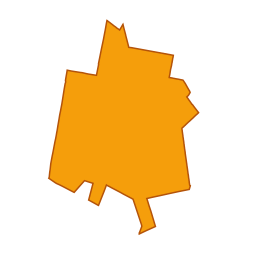 outline of Galicea Mare, Dolj, Romania, rotated 99°
{"feature_id": "2599482B6408106224849", "entity_name": "Galicea Mare", "entity_type": "district", "adm_level": 2, "iso_a3": "ROU", "parent_name": "Romania", "parent_adm1": "Dolj", "projection": "robinson", "projection_center": [23.315, 44.096], "detail": "fine", "context": "isolated", "style": "filled", "palette": "amber", "viewbox_px": 256, "rotation_deg": 99, "n_neighbors": 0, "source": "geoboundaries", "source_scale": "gbopen_adm2", "svg_char_len": 3901}
<svg xmlns="http://www.w3.org/2000/svg" viewBox="0 0 256 256"><g transform="rotate(99 128 128)"><path d="M190.0,198.4L190.1,198.2L193.6,190.9L194.1,189.5L194.3,188.7L194.7,187.2L195.8,183.7L199.5,172.7L200.0,171.1L192.4,166.3L186.8,162.7L187.9,155.4L188.1,153.9L191.2,154.2L203.5,155.4L205.3,155.6L207.2,150.3L209.1,145.1L208.9,145.0L194.6,141.8L187.7,140.4L187.9,140.0L188.8,137.1L189.6,134.9L192.9,125.1L194.0,122.2L196.8,113.9L197.4,112.3L197.5,111.9L221.1,99.7L222.7,99.0L223.0,99.0L223.6,99.1L224.6,99.3L227.7,99.9L229.0,100.2L230.0,100.5L230.9,100.3L226.5,93.9L221.0,85.5L209.7,90.9L206.2,92.6L201.4,95.1L198.7,96.4L194.7,98.4L192.7,93.4L189.7,85.6L186.0,76.2L182.8,67.9L179.1,57.9L175.2,57.4L175.1,57.5L175.0,57.8L175.0,58.0L174.9,58.1L174.4,58.3L173.6,58.5L172.4,58.9L171.8,59.1L171.2,59.2L170.3,59.5L169.2,59.8L168.1,60.2L167.1,60.5L166.0,60.8L164.9,61.1L163.9,61.5L162.9,61.8L161.8,62.1L160.8,62.4L159.8,62.7L158.8,63.0L157.9,63.3L156.9,63.6L156.0,63.9L155.0,64.2L154.9,64.2L154.2,64.4L153.6,64.6L153.0,64.8L152.3,65.0L151.6,65.2L151.0,65.4L150.3,65.6L149.7,65.8L149.0,66.0L148.4,66.2L147.7,66.4L147.1,66.6L146.4,66.8L145.8,67.0L145.1,67.2L144.5,67.4L143.9,67.6L143.2,67.7L142.6,67.9L142.0,68.1L141.4,68.3L140.7,68.5L140.1,68.7L139.5,68.9L138.9,69.1L138.3,69.2L137.7,69.4L137.1,69.6L136.5,69.8L135.9,69.9L135.3,70.1L134.8,70.3L134.1,70.5L133.5,70.6L132.9,70.8L132.2,71.0L131.6,71.2L131.0,71.4L130.4,71.6L129.8,71.7L129.3,71.9L128.7,72.1L128.1,72.3L127.5,72.5L126.9,72.6L126.3,72.8L125.7,73.0L125.1,73.2L124.6,73.3L124.0,73.5L123.5,73.7L122.2,74.0L121.7,74.2L120.8,74.5L120.7,74.5L120.4,74.6L120.2,74.6L119.9,74.7L119.6,74.6L119.2,74.3L118.9,74.0L118.6,73.8L118.3,73.5L118.0,73.2L117.6,73.0L117.3,72.8L117.0,72.5L116.7,72.3L116.4,72.0L116.1,71.8L115.7,71.5L115.2,71.2L114.8,70.8L114.2,70.4L113.7,70.0L113.2,69.6L112.6,69.2L112.1,68.7L111.6,68.3L111.1,67.9L110.7,67.6L110.2,67.2L109.8,66.9L109.3,66.5L108.8,66.1L108.4,65.7L107.9,65.4L107.4,65.0L106.9,64.6L106.4,64.3L105.9,63.9L105.4,63.5L105.0,63.2L104.5,62.8L104.0,62.4L103.6,62.0L103.1,61.7L102.7,61.3L102.2,61.0L101.8,60.7L96.6,66.2L96.1,66.7L95.0,67.8L94.7,68.2L94.6,68.4L94.5,68.7L94.4,68.7L88.1,74.8L87.9,74.6L87.7,74.5L87.7,74.4L87.3,74.2L87.1,74.0L86.9,73.9L86.7,73.7L86.2,73.4L85.8,73.2L85.5,73.1L85.3,73.0L85.0,72.9L84.8,72.8L84.5,72.7L84.3,72.6L84.0,72.5L83.8,72.4L83.5,72.3L83.3,72.2L83.2,72.2L82.1,72.8L78.7,75.6L75.1,78.4L72.2,81.1L72.1,81.3L72.0,84.2L71.9,85.8L71.9,88.0L71.8,90.2L71.8,91.3L71.7,92.2L71.7,93.9L71.7,94.7L71.7,95.2L70.3,95.2L69.0,95.1L63.1,95.1L62.3,95.0L60.9,94.9L60.5,94.9L60.0,94.8L59.5,94.8L59.0,94.8L58.5,94.8L58.1,94.8L57.6,94.8L57.1,94.8L56.7,94.8L56.2,94.7L55.8,94.7L55.4,94.8L54.9,94.7L54.4,94.7L53.9,94.7L53.4,94.7L52.9,94.7L52.5,94.7L52.1,94.7L51.6,94.6L51.1,94.6L50.6,94.6L50.2,94.6L49.7,94.6L49.3,94.6L49.1,94.6L48.5,120.4L48.1,137.3L48.2,139.0L48.2,139.9L46.9,140.4L41.1,142.9L37.0,144.7L36.1,145.0L30.5,147.5L26.4,149.2L26.6,149.3L29.3,150.3L32.2,151.5L32.5,151.6L31.8,153.0L31.3,154.0L31.2,154.4L30.8,155.1L30.3,155.8L30.0,156.4L29.7,157.0L29.5,157.5L29.3,157.8L29.1,158.2L28.9,158.6L28.6,159.1L28.4,159.3L28.1,160.0L27.7,160.7L27.4,161.3L27.1,161.8L26.7,162.5L25.8,164.3L25.4,164.9L25.2,165.3L25.1,165.6L27.9,165.7L34.8,165.8L37.3,165.9L44.2,166.1L53.9,166.6L61.6,166.9L66.3,167.1L68.8,167.2L69.4,167.2L69.7,167.0L70.6,167.0L80.9,167.4L80.9,167.7L80.9,173.3L80.9,175.6L80.8,177.8L80.6,180.5L80.5,182.2L80.6,183.6L80.6,186.4L80.6,186.8L80.6,187.7L80.6,192.9L80.4,197.1L82.2,197.1L88.5,197.2L90.9,197.2L91.5,197.0L91.7,196.9L92.1,196.8L92.6,196.8L93.1,196.8L93.8,197.0L98.8,197.1L114.5,197.1L117.6,197.2L120.7,197.3L121.6,197.3L123.5,197.4L125.8,197.5L129.5,197.5L136.7,197.6L141.7,197.6L143.8,197.7L146.2,197.7L149.8,197.8L153.1,198.0L163.3,198.3L167.7,198.5L171.6,198.6L175.3,198.7L181.4,198.4L184.0,198.4L189.1,198.1L190.0,198.4Z" fill="#f59e0b" stroke="#b45309" stroke-width="1.5"/></g></svg>